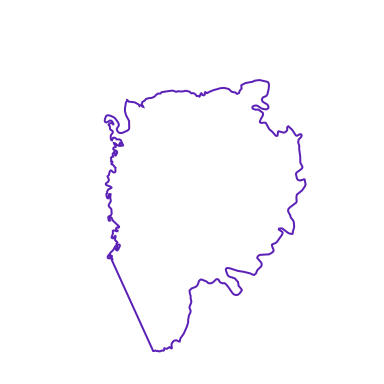 outline of Chitré, Herrera, Panama, rotated 323°
{"feature_id": "35544464B26445161390898", "entity_name": "Chitré", "entity_type": "district", "adm_level": 2, "iso_a3": "PAN", "parent_name": "Panama", "parent_adm1": "Herrera", "projection": "natural_earth1", "projection_center": [-80.453, 7.98], "detail": "fine", "context": "isolated", "style": "outline", "palette": "violet", "viewbox_px": 384, "rotation_deg": 323, "n_neighbors": 0, "source": "geoboundaries", "source_scale": "gbopen_adm2", "svg_char_len": 6044}
<svg xmlns="http://www.w3.org/2000/svg" viewBox="0 0 384 384"><g transform="rotate(323 192 192)"><path d="M111.6,167.3L113.0,175.6L112.7,176.1L111.8,176.3L111.3,175.5L110.6,175.2L109.5,175.4L108.9,176.2L109.3,178.1L108.9,178.5L108.3,178.1L106.5,175.6L105.4,175.4L103.8,177.6L100.5,179.8L100.5,180.8L101.0,181.5L103.6,180.9L104.3,180.9L104.4,181.2L104.0,181.9L102.4,183.0L101.7,184.2L101.6,185.0L102.1,186.4L102.1,187.3L100.5,187.9L100.1,188.4L100.6,189.2L102.3,190.2L102.4,190.8L101.9,191.7L98.7,193.4L97.1,193.7L96.6,192.7L96.7,191.5L98.4,191.7L99.4,190.5L99.0,189.4L98.2,189.2L94.2,190.9L89.5,191.6L89.0,192.1L88.9,192.8L88.9,193.6L89.5,194.9L89.1,195.5L88.4,195.4L87.7,194.6L88.0,192.8L87.6,192.2L86.0,192.7L85.1,193.9L85.3,194.6L87.9,196.6L88.2,197.4L87.7,198.1L87.0,198.1L65.3,295.6L66.0,296.2L67.4,296.6L68.2,297.8L69.1,298.4L69.3,299.1L71.0,300.2L72.5,300.4L73.7,301.6L74.3,301.5L75.9,300.2L77.5,302.1L80.8,302.4L81.2,304.1L81.6,304.6L82.2,304.3L83.8,301.5L84.8,300.7L87.3,300.0L88.3,300.0L90.2,300.9L91.7,303.7L92.2,304.0L94.7,301.9L100.1,300.2L106.6,296.6L110.2,294.1L112.0,291.8L115.3,288.7L117.7,287.6L118.9,286.7L119.6,285.6L120.2,283.2L120.7,282.4L124.7,279.9L125.7,278.9L127.0,275.9L128.3,274.3L129.6,271.0L130.8,269.2L133.6,268.8L137.5,269.9L139.2,270.0L141.1,269.3L143.5,267.6L145.0,267.1L146.4,267.2L147.3,268.1L149.8,272.4L150.2,274.7L152.0,276.2L154.1,276.8L158.9,276.3L160.2,277.2L160.4,278.1L160.1,280.4L160.4,281.7L161.4,283.3L163.0,284.2L163.6,286.0L163.8,289.0L163.5,297.1L163.7,298.7L164.8,300.4L165.9,301.3L167.0,301.7L169.3,301.6L172.6,300.5L173.0,299.9L172.8,294.9L174.6,291.6L174.2,286.7L170.7,281.7L170.4,280.1L171.7,275.5L172.5,274.1L173.4,273.6L174.7,274.1L176.2,275.6L181.3,282.8L185.4,287.0L189.4,291.9L191.1,295.1L191.9,295.7L194.2,295.5L196.7,293.9L199.2,293.4L202.3,293.1L203.3,292.6L204.4,291.3L204.8,289.8L204.4,284.0L205.0,283.4L205.9,283.0L207.6,282.9L208.9,283.4L216.1,288.2L219.5,288.6L221.3,288.4L222.3,287.3L223.4,283.4L224.1,282.2L225.0,282.2L228.1,283.1L229.7,283.0L237.7,280.5L239.5,279.5L240.0,278.8L240.1,278.1L238.8,274.4L238.9,273.9L239.5,273.6L242.1,275.3L244.2,282.8L246.1,285.3L246.7,285.8L247.3,285.8L249.2,284.0L252.6,281.4L255.0,277.6L255.6,275.8L255.6,271.5L256.4,269.8L257.0,265.8L257.5,264.7L258.2,264.0L259.1,263.5L261.0,263.2L268.9,263.2L270.1,262.3L271.9,259.4L274.1,257.2L280.8,257.0L285.4,255.5L287.3,254.3L289.5,249.7L289.0,249.2L285.8,248.2L284.7,247.3L284.0,246.2L283.8,245.3L284.0,244.2L285.8,240.2L287.2,239.4L293.0,239.5L294.2,239.3L295.0,238.8L295.5,237.8L296.2,233.7L299.9,228.6L303.5,222.1L305.5,219.6L306.6,216.3L308.7,214.3L312.5,213.7L313.7,212.7L313.9,212.0L313.3,210.9L309.6,210.2L309.2,209.7L309.0,208.6L309.4,202.6L308.6,197.9L308.4,197.4L307.0,197.6L305.4,199.7L304.5,200.2L303.5,200.3L301.8,200.2L300.9,199.7L297.7,195.6L296.8,195.8L294.4,198.3L293.8,198.4L293.1,197.9L292.7,197.0L292.4,192.4L291.5,188.4L292.5,181.3L291.7,180.2L288.8,178.5L288.2,177.2L288.6,176.6L290.6,175.3L295.2,173.2L296.1,171.8L296.0,170.4L294.6,166.3L293.9,165.5L292.4,164.6L290.8,162.3L290.7,161.7L291.2,160.6L291.9,160.3L293.3,160.4L295.2,161.4L296.3,162.8L297.6,166.8L299.4,169.2L301.3,170.9L303.4,170.9L304.4,169.9L304.9,167.7L302.8,162.5L303.2,160.5L303.9,159.8L305.6,159.2L309.2,160.0L311.1,159.3L315.4,155.7L318.1,152.6L318.6,151.5L318.7,149.6L313.9,143.9L312.8,142.9L309.2,140.9L306.7,140.4L300.3,137.2L295.8,136.4L295.2,136.9L293.9,139.2L291.1,139.9L289.1,141.2L287.3,140.9L286.8,140.4L286.8,139.4L286.4,138.5L284.0,135.8L283.3,131.8L280.4,128.3L277.4,126.3L270.4,123.6L266.8,122.6L263.5,122.1L263.2,121.8L263.0,120.6L262.7,120.2L261.9,120.5L260.7,121.9L259.6,121.9L258.7,120.9L259.0,119.1L258.8,118.7L257.6,119.0L255.9,120.2L255.3,120.3L254.8,119.0L253.5,118.1L253.5,116.2L253.0,114.6L252.2,113.5L250.8,112.7L250.4,110.3L247.7,107.2L246.0,106.6L243.8,105.2L241.5,103.1L239.7,102.5L237.9,99.8L236.9,98.9L228.1,94.1L227.6,94.0L226.1,94.4L223.8,92.8L221.3,92.9L219.5,93.3L216.5,92.6L214.1,91.1L211.2,90.0L209.4,90.5L206.6,90.3L205.0,91.3L204.4,92.1L204.6,93.6L204.3,94.7L203.8,94.0L203.8,92.9L203.4,91.9L202.8,91.5L201.8,91.7L202.0,89.9L200.2,85.9L195.9,81.8L195.7,79.7L195.5,79.4L194.9,80.1L193.4,80.6L192.5,81.3L188.8,84.9L187.2,86.9L185.5,91.0L184.5,97.4L180.2,103.3L179.3,103.9L178.5,104.1L177.0,104.0L172.0,102.9L170.7,102.1L169.6,101.1L169.2,100.1L169.1,98.6L169.5,97.0L170.0,96.2L173.5,94.9L174.3,94.0L174.9,91.3L174.9,87.0L174.4,85.0L172.6,81.8L171.1,80.1L169.6,79.6L168.2,80.1L165.9,81.8L165.1,82.7L164.8,83.8L165.1,84.5L165.8,85.0L167.3,85.4L169.2,85.4L170.2,86.1L170.7,87.7L170.3,90.1L170.0,90.6L169.7,90.6L169.4,88.8L168.7,88.1L167.5,87.7L166.0,87.9L165.7,88.6L166.1,89.3L166.0,89.7L164.3,92.8L165.2,95.2L165.0,96.3L164.0,97.2L161.9,97.6L160.9,98.3L159.6,99.9L158.9,101.4L158.9,102.3L159.2,102.6L161.5,101.3L162.6,101.7L163.3,102.9L163.5,104.6L165.9,106.5L166.3,108.1L165.1,113.2L164.5,113.3L162.1,111.7L163.9,110.5L164.3,110.0L164.1,109.5L161.9,110.6L161.1,110.6L160.6,109.7L159.9,106.9L159.1,105.9L158.8,106.6L158.7,109.2L158.3,110.1L156.2,109.4L155.4,109.7L154.9,110.5L155.1,111.5L156.5,113.9L156.0,115.5L153.2,116.9L152.9,116.8L152.7,116.4L154.2,113.7L153.8,113.2L153.1,113.3L151.3,114.0L150.4,116.3L148.8,115.7L147.9,115.9L146.8,117.9L145.9,118.7L146.5,119.4L146.5,120.2L146.0,120.6L144.9,120.6L144.5,121.3L145.3,123.1L145.3,125.2L145.6,126.6L144.6,127.5L143.3,129.5L142.4,129.9L141.4,129.4L140.9,128.7L140.5,126.3L140.0,125.8L139.4,125.9L137.8,126.7L135.8,128.5L134.0,128.6L133.7,129.3L133.6,130.6L132.9,132.3L132.3,132.8L131.1,133.4L128.8,133.3L128.1,133.6L127.7,134.3L127.8,135.0L130.3,138.9L130.4,140.0L129.9,140.2L126.4,139.6L124.3,140.7L123.5,141.9L122.7,141.9L121.9,142.7L120.9,144.9L120.8,146.0L121.1,146.6L121.8,146.5L124.3,143.9L125.5,144.3L125.7,144.8L123.7,146.8L121.6,150.5L117.9,152.1L117.3,152.6L117.0,153.7L117.3,157.1L114.8,161.0L112.9,161.9L110.6,161.4L109.9,161.7L109.4,162.9L108.5,164.1L108.5,164.8L109.1,165.5L109.5,165.6L110.1,163.4L111.1,163.0L111.9,163.4L112.2,164.4L111.6,167.3Z" fill="none" stroke="#5b21b6" stroke-width="2"/></g></svg>